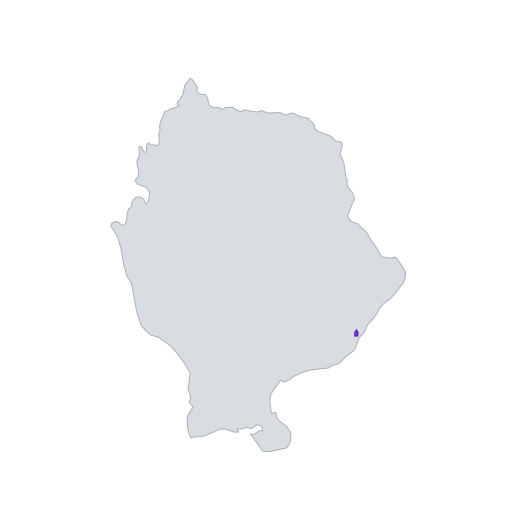 location of Tomesti, Iasi, Romania, rotated 68°
{"feature_id": "2599482B1049926597477", "entity_name": "Tomesti", "entity_type": "district", "adm_level": 2, "iso_a3": "ROU", "parent_name": "Romania", "parent_adm1": "Iasi", "projection": "mercator", "projection_center": [27.701, 47.108], "detail": "fine", "context": "in_parent", "style": "filled", "palette": "violet", "viewbox_px": 512, "rotation_deg": 68, "n_neighbors": 0, "source": "geoboundaries", "source_scale": "gbopen_adm2", "svg_char_len": 4435}
<svg xmlns="http://www.w3.org/2000/svg" viewBox="0 0 512 512"><g transform="rotate(68 256 256)"><path d="M385.7,288.4L389.9,294.3L395.2,297.4L407.6,300.7L408.7,300.3L408.9,299.7L408.0,298.8L407.9,297.7L408.5,296.4L410.2,296.3L413.0,297.5L418.3,295.8L426.2,291.1L433.4,290.1L439.9,292.9L443.3,296.2L445.5,299.2L444.8,303.0L444.4,305.4L442.7,315.1L441.5,318.8L439.5,322.8L419.1,327.7L420.5,325.4L420.0,321.3L419.1,318.2L421.0,315.4L416.4,314.4L414.4,315.9L412.9,318.6L414.3,324.7L412.0,328.1L411.2,330.0L411.1,334.5L409.8,336.4L409.5,338.5L412.7,338.0L411.3,341.8L405.2,349.2L403.0,353.6L403.5,371.0L400.8,381.4L400.6,384.4L394.1,384.5L392.2,384.3L386.1,382.7L379.2,380.0L375.1,374.7L372.5,370.8L366.7,372.6L365.6,372.1L364.0,370.2L359.6,369.0L354.2,369.0L342.0,362.0L340.6,360.8L331.0,362.0L316.7,365.4L305.7,369.7L294.4,377.3L289.8,383.1L284.5,386.1L277.0,388.4L263.4,387.5L249.4,384.7L234.2,381.6L226.1,383.3L215.0,382.0L198.4,378.3L186.0,377.1L173.7,379.3L171.7,377.7L171.2,375.7L171.7,373.0L173.4,370.8L176.4,369.2L177.9,367.5L178.1,365.8L174.8,363.0L168.0,359.2L165.2,356.9L164.5,356.3L164.3,354.1L162.9,352.5L160.2,351.2L158.2,349.0L156.7,345.8L157.0,342.8L159.1,339.9L161.8,338.7L165.0,339.1L166.3,338.2L165.8,336.2L162.6,333.7L156.8,330.6L151.0,332.3L145.0,338.8L140.6,339.8L138.0,335.4L133.3,332.8L126.5,332.0L122.4,330.3L120.8,327.8L117.8,325.8L111.3,323.8L111.2,321.8L112.3,321.3L114.6,321.1L117.7,320.7L118.2,319.6L118.2,318.6L115.8,317.3L113.3,316.4L112.0,315.5L111.2,314.5L111.0,313.5L111.7,312.8L112.7,312.7L113.7,312.1L114.3,309.7L115.6,307.8L116.6,307.1L116.5,305.6L115.5,304.2L114.2,303.1L112.2,302.3L105.9,300.3L102.8,297.4L100.9,297.3L97.8,295.7L94.5,293.2L91.7,289.7L88.6,287.4L87.8,286.4L87.8,285.5L88.3,284.5L88.3,283.5L87.5,280.0L88.0,276.3L87.9,272.8L87.9,271.2L87.3,270.8L86.7,271.3L86.0,272.0L85.2,272.1L83.0,269.5L80.1,264.4L78.2,262.6L74.4,260.3L71.2,258.3L68.9,253.9L66.5,250.6L68.1,249.2L77.2,247.2L81.4,249.1L83.3,248.4L85.2,246.9L86.2,245.6L86.4,244.3L87.3,242.6L90.4,241.8L98.5,242.9L101.8,240.5L103.0,239.3L103.7,236.5L104.6,234.2L107.5,233.0L107.4,230.9L107.0,228.7L108.7,223.7L109.7,221.6L111.3,220.9L113.3,219.3L116.8,216.0L116.0,213.1L116.7,211.0L120.3,205.8L123.0,200.8L123.0,198.3L123.4,196.1L125.8,193.7L128.3,190.6L131.7,180.7L132.9,179.1L135.1,177.2L136.7,175.4L136.9,168.9L138.4,167.0L141.4,164.9L144.3,161.5L146.7,157.5L148.6,155.7L151.0,155.2L153.6,153.6L156.6,153.0L159.5,153.8L161.3,153.4L164.0,151.4L171.0,144.0L172.0,142.6L173.5,141.5L179.2,139.0L180.6,136.5L182.5,134.2L185.1,134.3L193.3,140.0L202.1,139.7L203.8,139.9L204.3,140.0L205.4,140.4L217.1,143.2L218.9,142.9L219.4,142.7L224.1,145.0L228.3,144.7L232.3,143.1L236.4,142.6L240.2,143.5L243.1,146.8L250.6,153.7L252.8,156.3L256.2,155.9L260.0,154.6L263.8,150.0L275.6,144.7L284.6,143.4L293.4,141.3L303.6,139.9L306.5,135.6L308.2,132.6L309.3,127.2L314.8,125.6L320.0,124.5L321.9,123.8L325.7,123.6L328.6,124.1L333.2,126.7L336.4,130.1L337.6,132.8L340.3,136.6L343.2,141.8L346.4,148.9L347.1,152.4L348.3,156.2L350.6,160.9L355.1,166.0L355.7,167.0L357.8,170.6L361.7,178.6L365.0,181.8L367.9,185.3L369.3,188.8L371.3,191.9L376.1,196.1L380.0,199.9L383.2,210.9L385.4,215.9L386.8,219.7L386.1,227.4L387.0,230.7L385.2,236.8L381.9,248.8L381.2,258.4L381.7,263.6L381.8,266.9L382.6,269.0L383.4,273.3L383.6,277.1L382.4,278.2L380.8,279.1L380.2,279.9L381.7,281.6L383.7,284.8L385.7,288.4Z" fill="#d9dde1" stroke="#a8b0b8" stroke-width="1"/><path d="M367.6,192.1L367.4,192.1L367.3,191.9L367.4,191.7L367.5,191.7L367.4,191.5L367.4,191.4L367.2,191.4L367.0,191.2L366.9,191.2L366.7,191.1L366.4,191.0L366.3,190.9L366.1,190.8L366.1,190.7L365.8,190.5L365.7,190.4L365.2,190.4L364.9,190.4L364.7,190.5L364.6,190.4L364.4,190.4L364.4,190.5L364.4,190.4L364.4,190.5L364.1,190.6L363.9,190.6L363.6,190.4L363.4,190.4L363.2,190.4L363.0,190.5L362.9,190.6L362.7,190.6L362.8,190.7L362.9,190.8L363.0,190.9L363.0,191.0L363.1,191.3L363.2,191.5L363.3,191.5L363.5,191.7L363.6,191.8L363.8,191.9L363.7,192.0L363.8,192.0L363.9,192.3L364.0,192.4L364.0,192.5L364.1,192.8L364.3,192.9L364.4,193.0L364.5,193.1L364.9,193.3L365.0,193.5L365.3,193.7L365.5,193.6L365.8,193.5L366.0,193.6L366.3,193.5L366.3,193.4L366.4,193.6L366.5,193.7L366.6,193.8L366.7,194.0L366.8,194.1L366.9,194.3L367.0,194.3L367.0,194.2L367.0,193.9L367.1,193.7L367.5,193.5L367.5,193.3L367.5,193.2L367.4,193.2L367.5,192.9L367.6,192.7L367.5,192.4L367.5,192.2L367.6,192.1Z" fill="#8b5cf6" stroke="#5b21b6" stroke-width="1.5"/></g></svg>